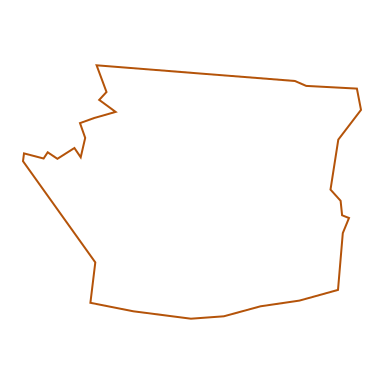 the district of Hart, Kentucky, United States of America
{"feature_id": "52423323B62554874714957", "entity_name": "Hart", "entity_type": "district", "adm_level": 2, "iso_a3": "USA", "parent_name": "United States of America", "parent_adm1": "Kentucky", "projection": "orthographic", "projection_center": [-85.917, 37.299], "detail": "fine", "context": "isolated", "style": "outline", "palette": "amber", "viewbox_px": 384, "rotation_deg": 0, "n_neighbors": 0, "source": "geoboundaries", "source_scale": "gbopen_adm2", "svg_char_len": 524}
<svg xmlns="http://www.w3.org/2000/svg" viewBox="0 0 384 384"><path d="M90.4,302.8L133.4,311.3L190.9,318.7L223.8,316.3L260.5,306.3L299.4,300.6L338.0,289.9L342.8,233.1L349.0,218.0L342.1,215.3L340.6,200.8L330.5,189.6L338.3,139.6L361.0,109.9L356.9,88.6L306.2,85.9L294.9,81.0L199.9,73.5L126.9,67.7L96.6,65.3L106.5,92.0L99.2,99.9L115.6,111.9L94.2,118.0L80.0,123.1L85.2,137.9L80.7,157.3L74.4,148.0L57.4,158.8L47.7,152.3L43.6,158.5L24.0,153.4L23.0,161.2L95.3,262.4L90.4,302.8Z" fill="none" stroke="#b45309" stroke-width="2"/></svg>